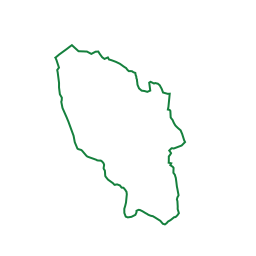 Al Mawasit, Ta`izz, Yemen (orthographic projection), rotated 54°
{"feature_id": "15242507B76760734874211", "entity_name": "Al Mawasit", "entity_type": "district", "adm_level": 2, "iso_a3": "YEM", "parent_name": "Yemen", "parent_adm1": "Ta`izz", "projection": "orthographic", "projection_center": [44.115, 13.304], "detail": "fine", "context": "isolated", "style": "outline", "palette": "green", "viewbox_px": 256, "rotation_deg": 54, "n_neighbors": 0, "source": "geoboundaries", "source_scale": "gbopen_adm2", "svg_char_len": 2992}
<svg xmlns="http://www.w3.org/2000/svg" viewBox="0 0 256 256"><g transform="rotate(54 128 128)"><path d="M172.9,90.1L171.0,89.8L164.4,87.6L163.8,87.5L162.4,87.2L162.2,87.1L161.7,87.0L160.8,86.8L157.5,87.6L155.3,88.0L153.7,88.2L151.6,88.0L151.0,87.9L150.9,87.9L150.7,87.9L147.6,87.2L146.4,87.3L145.5,87.3L144.6,87.3L139.1,83.7L137.8,83.7L136.5,84.9L134.7,82.9L124.8,74.1L123.7,75.8L119.9,78.8L116.3,77.8L114.4,77.5L113.9,77.5L112.2,77.2L109.7,77.8L107.6,79.6L107.3,80.8L103.9,82.6L103.8,84.2L110.8,88.0L110.1,91.1L107.7,93.0L106.0,94.8L105.8,95.0L102.4,95.8L101.7,95.6L99.0,95.0L98.4,94.8L96.2,93.5L95.7,93.3L94.2,92.4L93.9,92.2L92.8,92.0L91.1,91.0L89.7,90.7L87.7,89.7L86.0,90.9L84.6,91.3L83.6,92.3L82.5,93.9L81.6,94.1L80.4,94.3L80.2,94.3L78.4,94.3L77.2,94.8L75.3,95.5L74.0,95.9L73.7,96.0L72.2,96.5L71.1,96.9L67.4,98.9L65.1,100.4L63.2,101.7L61.4,103.1L60.7,103.0L59.1,102.8L58.4,105.8L58.3,106.4L55.6,107.3L51.2,107.3L48.7,107.1L47.2,109.4L46.5,114.1L42.0,116.3L41.0,117.6L40.5,118.2L36.8,122.9L28.0,124.7L28.0,127.4L28.1,131.1L28.1,131.6L28.1,132.6L28.1,140.5L28.4,144.4L28.4,145.4L28.7,145.4L31.2,146.0L38.6,148.4L39.5,151.2L41.7,152.2L51.0,157.3L54.7,160.0L60.7,163.3L64.6,163.7L66.7,165.4L67.6,166.6L70.2,167.8L73.0,169.1L73.6,169.3L77.3,170.1L83.8,171.5L86.2,172.1L87.6,172.4L88.6,172.7L102.3,176.6L108.2,179.4L114.9,181.0L115.8,180.7L118.1,178.9L118.5,178.7L119.3,178.5L125.8,178.0L126.8,177.8L127.3,177.6L128.4,176.9L128.7,176.7L133.2,173.6L135.3,172.2L135.6,172.1L136.0,172.0L136.7,171.3L138.0,169.7L138.3,169.2L140.0,168.6L140.6,168.6L142.1,168.5L143.2,168.8L143.8,169.0L144.8,170.0L146.2,171.4L147.3,171.7L148.7,171.7L150.1,172.5L151.4,173.3L151.5,173.4L152.8,174.2L153.8,174.7L154.0,174.7L156.7,174.6L158.1,174.5L162.9,172.9L163.2,172.8L164.3,172.5L165.1,172.5L166.0,172.3L166.3,172.1L166.6,171.1L167.3,169.9L169.7,168.3L172.5,168.2L173.4,167.0L174.3,166.7L177.0,166.6L177.7,166.7L178.7,166.7L179.8,167.3L180.9,167.9L186.2,172.6L187.1,173.4L187.7,174.1L189.4,176.1L190.0,176.9L191.2,178.5L194.6,180.9L197.9,181.8L198.4,181.9L200.2,180.7L201.9,177.4L202.6,173.1L201.3,170.8L200.0,169.8L200.4,167.6L201.3,166.6L203.7,165.3L205.1,164.7L206.6,164.1L207.2,163.8L207.7,163.6L208.9,163.0L210.1,162.6L212.2,161.3L213.4,160.3L213.5,160.1L213.8,159.8L215.0,159.3L215.6,159.0L222.1,156.4L226.0,156.1L226.2,155.9L227.7,154.8L227.7,154.0L227.7,152.8L227.2,150.6L227.5,147.9L227.5,147.2L227.3,143.0L228.0,141.9L227.8,140.4L227.7,139.5L227.6,139.2L226.8,136.9L222.8,135.5L220.7,133.9L216.2,131.0L214.5,130.4L213.1,128.7L212.9,128.2L212.7,127.8L212.5,127.3L212.1,126.6L210.6,125.9L206.2,123.8L204.4,123.0L204.0,122.8L200.6,120.9L196.7,118.8L196.6,118.7L195.3,118.3L193.4,117.6L190.9,117.6L190.2,117.0L189.7,116.7L187.1,114.6L186.2,114.6L185.8,114.6L182.9,115.6L182.0,113.8L180.0,115.5L179.1,114.7L175.0,111.7L174.3,109.4L173.7,108.0L173.2,107.9L170.5,107.9L170.2,106.0L170.0,104.7L170.6,103.9L170.9,103.6L171.5,103.0L173.7,94.9L172.9,90.1Z" fill="none" stroke="#15803d" stroke-width="2"/></g></svg>